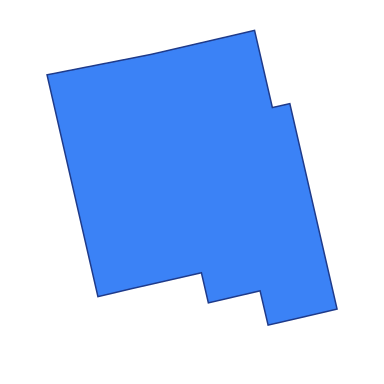 Latimer, Oklahoma, United States of America, rotated 77°
{"feature_id": "52423323B76239020598074", "entity_name": "Latimer", "entity_type": "district", "adm_level": 2, "iso_a3": "USA", "parent_name": "United States of America", "parent_adm1": "Oklahoma", "projection": "mercator", "projection_center": [-95.16, 34.87], "detail": "fine", "context": "isolated", "style": "filled", "palette": "blue", "viewbox_px": 384, "rotation_deg": 77, "n_neighbors": 0, "source": "geoboundaries", "source_scale": "gbopen_adm2", "svg_char_len": 331}
<svg xmlns="http://www.w3.org/2000/svg" viewBox="0 0 384 384"><g transform="rotate(77 192 192)"><path d="M272.8,307.2L272.6,271.8L272.8,201.0L303.7,201.0L303.6,147.9L338.8,147.8L338.8,104.3L338.7,77.0L127.9,76.8L127.8,94.7L48.6,94.7L48.7,201.1L45.2,306.9L272.8,307.2Z" fill="#3b82f6" stroke="#1e3a8a" stroke-width="1.5"/></g></svg>